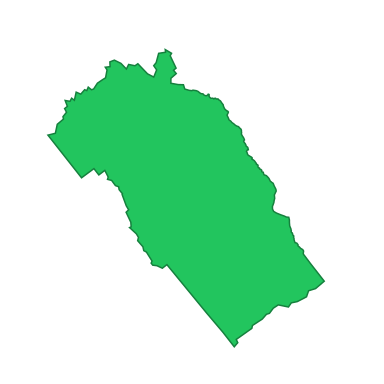 Linn, Oregon, United States of America (Natural Earth projection), rotated 52°
{"feature_id": "52423323B85649045718623", "entity_name": "Linn", "entity_type": "district", "adm_level": 2, "iso_a3": "USA", "parent_name": "United States of America", "parent_adm1": "Oregon", "projection": "natural_earth1", "projection_center": [-122.562, 44.497], "detail": "fine", "context": "isolated", "style": "filled", "palette": "green", "viewbox_px": 384, "rotation_deg": 52, "n_neighbors": 0, "source": "geoboundaries", "source_scale": "gbopen_adm2", "svg_char_len": 3745}
<svg xmlns="http://www.w3.org/2000/svg" viewBox="0 0 384 384"><g transform="rotate(52 192 192)"><path d="M63.3,125.4L65.6,126.8L62.2,132.9L68.0,140.6L68.9,144.4L74.0,144.7L77.9,151.4L71.5,154.3L57.6,155.7L57.4,159.2L52.5,163.4L54.7,168.0L46.9,168.8L40.3,172.0L38.9,176.6L42.8,179.4L40.3,183.5L43.5,183.8L48.8,189.8L48.4,193.5L48.0,199.5L50.3,206.2L49.5,208.3L45.5,209.2L47.3,212.5L45.3,213.6L46.4,219.4L42.0,221.8L47.3,228.2L44.0,229.1L45.4,232.3L41.8,235.6L47.8,237.5L47.8,241.0L51.9,241.8L53.2,247.3L55.4,248.4L55.7,256.5L61.6,263.5L58.5,270.5L112.8,270.3L113.2,254.9L121.2,254.9L121.3,247.4L128.6,248.8L130.0,250.8L133.4,248.2L139.8,248.4L142.7,246.6L145.3,248.0L150.6,247.9L150.9,248.6L162.4,252.3L167.0,252.9L167.4,256.4L178.1,258.8L182.0,261.4L181.6,263.1L190.6,261.6L194.8,262.1L196.9,264.8L204.9,264.4L208.5,266.1L211.3,264.9L221.8,266.0L222.9,268.0L225.5,268.0L228.5,265.0L233.8,262.3L233.8,256.5L296.0,255.0L321.3,254.0L340.0,254.0L338.9,248.7L335.4,247.9L336.3,228.8L334.4,226.5L335.0,219.5L335.4,214.8L334.2,208.6L335.3,205.7L333.6,199.5L334.1,193.5L342.0,186.8L340.5,182.0L343.2,176.5L345.1,166.3L341.6,160.9L344.2,154.1L343.7,142.7L340.8,142.7L321.5,142.7L309.8,142.5L308.8,142.1L308.1,141.3L307.2,140.4L305.5,140.2L303.6,141.0L302.3,141.2L301.5,141.2L300.6,141.5L299.6,141.6L298.8,140.9L296.8,140.9L295.3,142.0L293.9,141.5L292.3,140.9L291.4,140.2L290.1,139.8L289.4,138.9L287.8,139.0L286.7,138.4L285.7,138.2L285.2,138.5L284.3,138.3L283.8,137.7L281.8,136.7L278.9,135.9L276.6,134.4L275.6,133.7L274.1,132.5L271.5,131.3L269.8,133.1L267.9,134.0L264.6,136.1L262.7,137.2L260.6,138.4L257.6,139.6L255.1,139.1L253.0,137.6L250.8,134.1L249.1,132.3L248.0,130.8L245.0,128.9L243.1,125.1L241.5,124.2L240.4,124.0L238.9,123.7L237.4,123.4L236.2,123.0L235.0,122.7L233.6,123.2L232.4,123.4L232.0,123.6L230.8,123.5L229.8,123.2L228.4,123.0L226.7,123.1L225.8,123.2L224.9,123.3L223.6,124.1L223.2,124.5L222.6,124.6L222.2,124.5L221.6,124.3L220.8,123.9L220.3,123.7L219.8,124.1L219.3,124.4L218.8,124.4L218.3,124.1L217.9,123.7L217.4,123.7L217.0,123.8L216.4,123.9L216.2,124.3L215.8,124.5L215.2,124.3L214.7,124.1L214.2,124.3L213.8,124.7L213.2,124.6L212.6,124.4L212.1,123.9L211.7,123.6L211.2,123.5L210.7,123.7L210.2,124.1L209.9,124.2L209.7,124.0L209.5,123.8L208.9,123.7L208.3,123.7L207.5,123.7L206.7,123.6L206.1,123.6L205.4,123.7L204.7,123.9L204.0,124.1L203.6,124.3L203.0,124.6L202.7,124.5L202.7,124.3L202.8,124.1L202.3,123.8L201.9,123.5L201.0,123.7L200.1,124.1L199.0,124.5L198.0,124.9L196.8,125.1L195.6,124.6L194.3,124.2L193.7,124.2L193.3,123.6L193.2,123.1L192.9,122.3L193.2,122.0L193.4,121.6L193.1,121.4L192.3,121.1L191.2,120.6L190.5,120.7L189.9,120.9L189.2,121.1L188.2,120.6L186.7,120.3L185.3,120.3L184.1,120.2L183.4,119.5L183.3,118.6L182.7,118.4L181.7,118.1L180.5,117.9L178.7,117.8L176.7,117.4L175.8,116.4L174.9,115.9L173.7,115.0L172.6,114.7L171.1,115.0L169.3,115.1L168.4,115.5L167.8,116.1L165.8,116.8L164.0,117.1L161.8,117.8L160.1,117.8L158.8,118.2L157.6,118.4L156.9,118.0L156.0,117.8L155.2,117.6L153.0,117.1L152.0,115.0L151.4,114.1L150.1,114.1L149.7,114.6L146.5,115.1L143.8,114.4L142.4,113.7L141.2,113.7L139.9,113.7L139.0,113.6L137.8,113.5L136.9,113.8L136.1,114.1L135.0,114.1L134.5,114.3L134.3,115.0L133.4,115.7L132.7,115.7L132.2,116.2L132.2,117.0L132.0,117.5L131.3,117.7L130.9,117.8L130.4,118.6L129.8,119.4L129.0,119.6L128.4,119.7L127.7,119.7L127.0,119.6L126.5,119.1L126.0,118.6L125.3,118.6L124.9,119.1L125.2,119.7L125.2,120.6L124.8,121.7L123.9,122.4L123.2,122.7L122.6,122.9L122.0,122.9L121.5,122.9L119.8,124.5L116.2,125.4L114.6,126.4L112.3,128.6L112.1,129.7L110.1,131.7L106.4,134.3L102.2,132.7L98.8,136.8L93.3,141.7L89.4,138.6L89.0,131.5L84.7,131.6L84.6,128.3L71.2,125.3L70.1,122.7L63.3,125.4Z" fill="#22c55e" stroke="#15803d" stroke-width="1.5"/></g></svg>